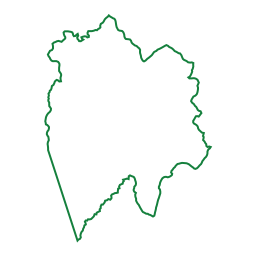 Carbonita, Minas Gerais, Brazil
{"feature_id": "56859067B13001741051446", "entity_name": "Carbonita", "entity_type": "district", "adm_level": 2, "iso_a3": "BRA", "parent_name": "Brazil", "parent_adm1": "Minas Gerais", "projection": "orthographic", "projection_center": [-43.039, -17.512], "detail": "fine", "context": "isolated", "style": "outline", "palette": "green", "viewbox_px": 256, "rotation_deg": 0, "n_neighbors": 0, "source": "geoboundaries", "source_scale": "gbopen_adm2", "svg_char_len": 5132}
<svg xmlns="http://www.w3.org/2000/svg" viewBox="0 0 256 256"><path d="M51.9,86.0L51.5,88.4L50.9,89.9L49.8,90.7L49.6,92.1L48.5,93.6L48.9,95.5L48.3,97.3L48.8,98.6L48.3,99.9L48.4,101.1L49.2,102.5L49.2,104.4L49.3,106.2L50.2,107.3L51.0,108.7L50.8,110.3L49.9,111.8L48.2,113.3L47.1,114.8L46.5,116.0L46.0,117.2L45.7,119.0L45.3,121.3L45.7,122.9L45.9,124.4L47.1,124.9L48.2,125.9L49.0,127.1L48.9,128.7L48.4,130.3L47.5,131.3L47.0,132.6L46.8,134.1L47.5,135.7L48.3,136.7L48.6,138.3L48.8,140.2L47.9,142.1L47.6,144.0L47.9,146.0L48.1,148.0L48.1,150.1L57.0,177.4L77.5,240.6L78.5,239.5L79.9,238.9L80.8,237.4L80.4,235.4L80.9,233.4L81.7,231.7L82.8,230.6L83.2,228.7L84.0,227.3L84.4,225.4L85.8,224.5L85.6,223.2L84.9,221.7L85.7,220.5L87.2,220.6L88.0,219.3L89.7,219.4L91.2,219.0L92.4,217.8L93.8,216.4L94.6,214.2L96.4,214.4L96.7,212.7L98.4,211.8L99.9,211.1L99.7,209.3L100.7,208.2L100.7,206.4L101.5,204.6L102.9,204.6L103.7,203.6L104.6,202.5L105.1,200.7L107.1,200.2L108.3,199.1L110.3,199.7L111.4,198.4L111.5,197.1L111.1,195.7L111.9,194.5L113.8,193.7L114.9,193.1L116.3,193.0L117.8,192.6L117.8,191.3L118.0,190.0L118.1,188.7L119.5,188.3L119.1,186.5L119.9,184.9L121.4,184.2L122.7,183.7L122.9,182.2L123.8,181.1L123.1,179.7L125.2,179.2L127.0,178.6L128.6,179.1L128.7,177.9L128.8,176.2L130.0,175.4L131.5,176.1L133.0,176.6L134.1,177.3L134.9,179.0L135.2,180.3L135.8,182.0L136.0,183.8L135.6,185.3L134.3,186.7L134.2,188.1L133.7,189.4L133.7,190.6L134.3,191.7L135.9,192.9L135.2,194.6L135.4,196.8L136.1,198.6L136.1,200.7L136.8,202.1L137.6,203.5L138.8,204.9L139.7,206.7L140.6,208.4L141.3,209.5L142.0,210.8L143.0,212.1L144.4,212.7L146.1,213.7L147.8,213.8L148.9,214.6L150.2,214.9L151.3,215.5L153.0,216.5L154.3,215.7L154.7,214.2L155.0,212.5L155.5,210.7L155.9,209.0L156.1,207.4L156.6,206.0L157.1,204.1L157.6,201.9L158.0,200.3L158.4,199.1L158.9,197.9L159.3,196.5L159.8,194.9L160.3,193.3L160.3,191.5L159.9,189.4L158.9,188.3L158.9,186.7L159.7,185.0L160.1,182.8L160.6,181.5L161.4,179.9L162.3,178.4L163.7,177.3L165.0,176.9L166.4,176.9L167.8,177.3L169.1,176.9L170.3,176.3L171.8,175.2L172.2,173.8L171.1,172.5L171.5,170.9L172.6,169.7L173.7,168.1L174.9,167.1L175.6,165.9L176.5,165.0L177.5,164.0L179.1,163.7L180.3,163.3L182.0,162.9L183.4,163.0L184.7,163.1L186.7,163.3L188.8,164.2L190.3,165.4L191.5,166.4L193.1,167.5L194.1,168.5L195.4,168.9L196.9,168.3L198.1,167.2L199.5,165.5L201.1,164.0L201.9,162.5L202.3,161.3L203.4,159.9L204.7,158.1L206.0,156.9L206.9,155.4L207.4,153.8L207.5,151.3L208.4,149.4L209.8,148.4L210.7,147.0L209.2,146.5L207.5,147.0L206.4,146.0L206.2,144.1L205.2,142.9L204.6,141.6L203.1,140.0L203.5,138.5L203.7,137.0L203.0,136.0L203.4,134.6L203.8,133.0L201.9,132.6L200.6,131.4L198.9,129.8L198.1,128.3L197.9,127.1L197.4,126.0L196.3,124.9L195.0,124.1L193.9,123.5L193.2,122.4L193.2,120.9L194.2,119.3L195.2,117.5L195.9,116.3L197.2,116.1L198.7,116.6L199.5,115.6L200.3,114.5L201.4,113.1L200.6,111.3L198.7,110.7L197.7,109.8L197.1,108.5L196.2,106.9L195.0,105.9L193.9,104.1L192.1,102.7L191.1,101.1L191.7,99.4L192.5,98.1L193.4,96.6L195.4,95.6L196.7,94.3L197.4,92.5L197.8,90.4L198.0,88.9L198.0,87.5L197.4,85.8L198.2,84.0L198.8,82.6L198.1,81.1L197.5,79.8L196.1,78.8L194.7,78.3L193.2,78.2L191.7,78.4L189.4,78.4L188.4,77.4L189.7,76.7L190.7,75.2L191.6,73.2L192.2,71.6L191.9,70.2L192.7,68.9L193.3,66.6L193.2,64.7L193.3,63.0L191.8,62.4L190.2,62.6L188.1,62.3L186.8,61.2L185.5,60.5L184.2,60.0L182.9,58.9L182.1,57.1L181.4,55.2L180.0,53.4L178.6,53.2L177.2,52.3L175.9,51.6L174.7,51.1L173.3,49.5L171.9,48.3L170.6,47.6L169.2,47.0L168.1,45.9L166.4,45.1L164.8,45.9L163.3,46.8L161.7,47.7L160.6,48.3L159.4,48.9L157.5,49.7L156.4,50.9L155.2,51.4L153.9,52.2L152.9,53.7L151.9,55.1L150.9,56.0L149.7,57.0L148.6,57.9L147.4,58.7L146.5,59.6L145.5,60.6L144.0,61.4L142.8,60.7L142.0,59.4L141.2,57.8L140.9,55.8L140.5,54.4L140.1,53.1L140.0,51.8L140.1,49.9L139.3,48.4L138.0,47.4L136.6,46.0L134.8,45.4L133.6,44.4L132.5,43.6L131.6,42.5L131.0,40.7L130.0,39.5L128.3,39.2L126.9,39.1L125.7,38.9L124.8,37.7L124.4,36.4L124.2,34.5L123.4,32.4L122.3,31.1L121.1,30.8L119.4,30.6L118.0,29.8L117.4,28.5L116.7,27.3L116.3,25.7L116.0,23.9L115.7,21.8L115.3,20.2L114.4,18.8L112.9,18.2L111.5,17.3L110.2,16.6L108.8,15.4L107.8,16.7L106.3,17.8L104.8,19.3L103.9,21.1L102.9,22.6L100.8,23.9L100.2,25.8L100.4,27.3L99.6,28.3L98.3,28.9L97.0,30.2L95.5,30.0L93.8,30.7L92.0,31.1L90.2,31.1L88.3,31.1L87.5,32.9L87.7,34.3L88.9,35.6L88.8,37.0L87.3,37.4L86.3,36.5L84.6,36.3L82.9,36.7L81.4,37.3L82.0,38.7L83.3,39.6L82.0,40.4L80.8,41.2L79.1,41.1L78.4,39.8L77.5,38.9L77.2,37.5L78.2,35.7L77.7,33.9L76.5,34.7L75.5,35.9L73.9,36.2L73.2,35.1L72.9,33.7L72.3,32.4L70.8,31.8L69.4,31.6L67.8,31.3L66.0,31.3L64.6,31.4L63.6,32.5L63.9,34.4L64.5,35.9L65.3,37.2L65.2,38.5L64.2,39.4L62.8,40.6L61.6,41.8L60.2,41.4L58.5,40.9L56.8,41.3L55.5,42.0L54.0,42.5L52.5,43.8L52.9,45.5L53.0,46.8L53.0,48.4L52.0,50.0L50.0,50.8L48.7,53.1L47.9,54.5L48.6,56.2L49.7,57.6L50.5,59.4L51.6,60.7L52.9,61.2L54.7,61.1L56.3,61.1L58.2,61.9L59.3,63.5L59.5,65.0L59.3,66.4L59.1,67.7L59.1,69.4L59.1,71.0L59.9,72.2L60.9,73.7L61.2,75.0L60.9,76.3L60.5,77.8L60.6,79.5L61.0,81.3L59.3,81.5L57.9,80.3L56.7,79.9L55.6,80.7L54.8,81.6L54.3,83.2L53.4,85.0L51.9,86.0Z" fill="none" stroke="#15803d" stroke-width="2"/></svg>